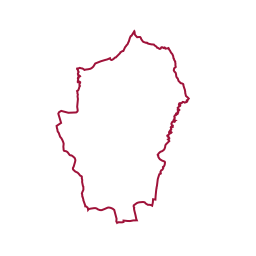 the district of Vulcana-Pandele, Dâmbovita, Romania, rotated 52°
{"feature_id": "2599482B55565762838065", "entity_name": "Vulcana-Pandele", "entity_type": "district", "adm_level": 2, "iso_a3": "ROU", "parent_name": "Romania", "parent_adm1": "Dâmbovita", "projection": "mercator", "projection_center": [25.375, 45.036], "detail": "fine", "context": "isolated", "style": "outline", "palette": "rose", "viewbox_px": 256, "rotation_deg": 52, "n_neighbors": 0, "source": "geoboundaries", "source_scale": "gbopen_adm2", "svg_char_len": 5623}
<svg xmlns="http://www.w3.org/2000/svg" viewBox="0 0 256 256"><g transform="rotate(52 128 128)"><path d="M167.9,209.8L167.8,209.4L167.9,208.4L168.7,206.8L170.3,204.0L171.3,202.8L172.3,202.2L173.6,201.8L175.2,200.8L176.1,199.9L176.6,199.1L177.5,196.0L178.2,193.2L178.8,192.1L180.3,190.8L182.1,189.8L184.1,189.3L192.5,192.9L194.4,194.7L196.0,195.0L196.0,194.8L196.2,194.2L196.6,193.5L196.5,193.4L197.6,192.1L198.3,191.3L198.8,190.6L199.3,189.4L198.2,188.5L200.9,185.7L202.1,184.3L202.8,183.3L204.1,180.7L206.2,177.9L204.8,177.5L201.4,175.8L196.7,173.7L195.2,172.9L194.7,172.2L193.5,172.0L192.5,171.1L192.6,167.3L193.0,165.9L193.6,164.7L195.5,161.8L196.1,161.2L196.9,160.6L198.5,160.5L200.8,159.6L201.8,158.3L202.8,157.4L204.1,156.8L202.0,154.3L199.6,152.1L201.3,150.5L198.7,148.2L195.1,144.8L193.3,143.0L192.9,142.4L192.4,142.1L191.4,140.8L186.7,136.1L186.1,135.3L183.7,131.8L184.0,130.8L184.1,130.2L183.8,129.9L182.7,129.7L181.9,128.1L181.8,127.7L182.0,127.2L182.0,126.4L181.3,124.9L180.3,124.6L180.2,124.2L180.4,123.4L179.6,121.8L178.1,120.2L177.6,119.9L177.1,119.8L176.5,120.1L174.5,121.3L172.2,122.1L171.1,122.1L169.5,121.9L169.0,121.6L168.3,121.4L168.2,121.1L167.4,121.1L166.9,119.4L166.7,117.9L166.8,116.8L167.3,115.2L167.3,113.8L167.3,113.3L166.9,112.0L166.6,111.6L166.0,110.6L164.9,109.5L164.3,108.5L163.7,103.5L163.1,103.4L161.6,103.5L161.8,102.0L161.7,101.9L161.1,101.6L160.7,101.7L160.2,101.5L159.4,102.0L158.4,101.9L158.2,101.8L158.1,101.3L158.6,100.7L158.1,99.4L157.7,98.9L157.2,98.6L157.5,98.3L158.3,97.9L158.4,96.9L158.3,96.4L158.0,96.4L157.4,96.6L157.1,97.0L156.3,97.5L155.7,95.7L156.0,95.4L155.8,94.8L154.4,94.1L154.2,93.9L153.8,93.9L153.7,93.7L153.6,93.1L153.8,92.7L154.5,92.5L154.5,92.4L154.6,92.1L154.0,92.0L153.8,91.8L153.8,91.3L153.7,91.2L153.0,91.6L152.8,91.6L151.5,91.3L151.1,90.9L150.8,89.9L150.5,89.5L150.6,88.8L150.5,88.6L150.4,88.2L150.6,88.0L151.5,87.9L151.7,87.7L151.8,87.5L151.8,87.2L151.7,87.0L151.5,86.8L151.1,86.9L151.2,86.2L150.0,87.0L149.8,87.0L149.5,85.8L149.0,85.6L148.9,85.4L148.8,84.9L148.5,84.8L147.6,84.6L147.4,84.4L147.2,83.8L146.9,83.4L146.9,83.1L147.4,82.5L147.4,82.3L147.3,82.1L146.7,81.7L146.3,81.4L146.2,81.0L146.2,80.7L146.3,80.5L146.9,80.7L147.2,80.8L147.5,80.5L147.4,80.2L147.2,80.0L146.8,79.1L146.7,78.9L146.2,78.5L145.6,78.5L145.3,77.7L145.5,77.4L145.5,76.9L145.4,76.4L145.0,76.3L144.8,76.5L144.6,76.8L144.4,77.5L144.2,77.6L143.4,76.7L142.7,76.4L142.7,75.5L142.4,74.7L142.7,73.6L142.7,73.4L142.6,73.1L142.2,72.8L141.7,72.8L141.4,73.5L141.0,73.6L140.7,73.3L140.2,72.5L140.2,72.2L140.5,71.5L141.2,71.0L141.3,70.8L141.4,70.2L141.1,68.9L141.5,68.5L141.9,68.1L143.0,67.6L143.1,67.0L143.2,66.4L143.6,66.0L143.6,65.4L143.3,64.7L142.4,64.6L142.4,64.4L142.7,64.2L142.8,64.0L142.2,62.0L140.3,62.2L138.4,62.6L136.3,61.6L135.7,61.4L134.8,60.7L132.7,59.6L131.7,59.3L128.7,58.2L128.2,57.8L127.5,57.5L127.2,57.5L125.8,58.2L125.1,58.9L123.1,59.0L122.4,59.2L121.7,59.1L120.5,58.6L119.3,58.3L118.6,58.5L117.7,58.4L116.7,58.0L115.3,57.1L113.9,56.5L113.3,56.5L112.0,56.7L110.7,56.4L109.4,54.9L109.3,52.8L107.7,52.0L106.4,50.9L104.8,50.1L104.7,49.9L103.1,49.7L102.8,49.7L101.8,49.2L101.3,49.3L99.0,48.1L97.1,47.6L95.1,47.7L92.9,47.3L90.3,47.2L89.9,46.1L89.9,46.6L89.6,47.9L88.7,49.2L88.6,49.6L88.4,49.7L87.7,49.4L87.1,49.5L87.0,49.8L87.0,50.5L86.9,50.8L86.7,50.9L85.9,51.0L85.6,51.2L85.0,51.9L85.0,52.3L85.5,53.3L85.3,54.2L84.8,54.6L84.5,54.6L83.3,55.1L82.7,55.6L81.4,55.5L79.3,56.2L78.3,56.2L77.4,57.0L77.0,57.6L75.3,59.1L73.9,60.2L73.1,60.6L72.8,60.5L72.7,60.4L72.1,60.9L71.9,61.4L69.7,62.8L69.1,63.0L66.3,62.9L65.1,62.5L64.2,62.4L63.7,62.5L63.2,63.2L62.5,64.2L62.4,64.5L62.1,64.9L61.0,65.0L58.5,65.1L58.2,65.0L57.3,64.2L56.2,63.8L55.8,63.4L55.6,63.4L57.5,68.5L57.3,68.9L57.3,69.4L58.4,71.4L60.5,74.3L60.6,74.9L61.5,76.3L61.8,77.1L61.9,78.3L62.3,79.3L62.5,80.5L64.4,84.2L64.2,84.4L63.9,85.6L63.7,87.5L64.0,87.8L64.2,88.7L64.9,94.2L64.6,94.6L64.5,95.1L64.7,96.9L64.5,98.6L64.2,99.2L63.5,99.5L62.5,99.6L61.9,99.3L61.2,102.1L60.3,104.2L58.7,108.3L57.0,114.1L58.3,117.6L58.4,119.6L58.2,121.1L57.2,123.2L56.0,125.2L55.4,126.6L54.5,126.7L53.0,127.3L52.3,128.0L50.9,129.0L50.6,130.1L49.8,131.5L50.1,131.8L51.0,131.5L51.4,131.7L52.1,132.3L53.0,132.2L53.5,132.4L54.0,133.7L54.5,134.2L55.2,134.2L55.4,134.6L55.9,134.8L56.3,134.8L56.5,134.3L56.8,134.3L57.4,133.9L57.7,133.9L57.7,134.7L57.4,136.2L57.6,136.4L58.1,136.5L58.0,136.9L58.2,137.1L59.0,137.4L59.7,137.9L59.9,138.4L60.8,139.3L61.1,139.3L61.4,138.7L61.3,137.9L61.8,137.6L62.5,137.5L63.0,138.0L63.0,138.8L64.5,140.0L65.3,140.0L65.7,141.1L66.6,142.2L67.6,143.9L67.6,144.4L67.5,144.9L67.5,145.4L68.5,145.7L69.7,146.6L70.6,146.8L72.0,148.3L74.3,149.6L80.0,155.0L82.7,156.5L83.5,157.1L83.9,158.1L83.8,159.3L79.3,165.6L73.4,170.1L73.1,172.6L73.8,174.1L82.8,177.6L82.4,183.0L84.8,184.3L85.4,184.4L87.1,185.4L87.8,185.6L88.7,185.5L89.2,185.6L93.2,186.9L95.0,186.8L97.3,187.2L99.4,187.8L100.8,188.4L103.0,190.5L104.3,191.3L105.6,192.2L106.2,192.4L106.7,192.4L108.2,191.1L109.4,190.6L110.2,190.5L112.9,190.6L113.6,190.5L114.2,190.1L114.8,189.4L115.7,189.1L117.3,188.7L118.8,188.5L119.3,188.6L120.4,189.0L121.2,189.5L122.2,190.7L125.0,194.6L125.6,196.0L126.0,196.3L126.3,196.6L127.0,196.8L129.7,196.4L131.2,195.7L131.7,195.4L132.2,195.2L133.8,195.0L136.1,195.0L137.2,194.4L137.6,194.3L137.8,194.3L138.4,194.7L139.1,195.3L140.8,196.1L142.3,197.4L145.9,199.2L146.9,199.4L147.1,199.6L149.0,201.0L149.3,201.4L149.5,201.7L150.2,203.1L151.2,204.7L152.3,205.1L153.7,206.1L154.2,206.3L154.4,206.2L157.0,207.3L157.3,207.6L162.4,209.3L163.4,209.9L163.7,209.5L164.0,209.3L165.7,208.9L166.5,209.0L167.9,209.8Z" fill="none" stroke="#9f1239" stroke-width="2"/></g></svg>